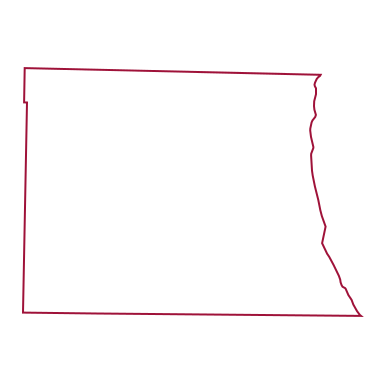 the district of Lewis, Missouri, United States of America
{"feature_id": "52423323B3556766524174", "entity_name": "Lewis", "entity_type": "district", "adm_level": 2, "iso_a3": "USA", "parent_name": "United States of America", "parent_adm1": "Missouri", "projection": "robinson", "projection_center": [-91.537, 40.101], "detail": "fine", "context": "isolated", "style": "outline", "palette": "rose", "viewbox_px": 384, "rotation_deg": 0, "n_neighbors": 0, "source": "geoboundaries", "source_scale": "gbopen_adm2", "svg_char_len": 759}
<svg xmlns="http://www.w3.org/2000/svg" viewBox="0 0 384 384"><path d="M96.5,313.5L361.0,315.9L359.9,315.0L357.0,311.1L353.3,304.5L351.6,299.9L348.4,295.1L345.7,288.9L345.2,288.2L342.5,286.7L341.5,284.9L340.6,282.3L340.2,279.6L338.9,275.9L333.6,265.0L329.2,256.8L327.1,253.7L322.1,243.2L325.6,226.6L321.8,215.9L320.3,210.1L318.3,200.0L314.9,186.4L312.7,175.5L312.0,170.6L311.1,155.5L311.2,153.7L313.3,148.1L313.4,147.1L311.0,136.9L310.2,130.5L310.3,128.5L311.6,122.4L312.5,120.4L315.2,117.0L315.9,114.9L315.5,113.5L314.4,109.7L314.0,106.1L314.2,101.2L316.0,94.2L316.0,88.3L314.9,86.3L314.5,84.7L315.0,82.7L316.7,79.0L318.2,77.2L320.0,75.9L320.6,74.8L24.7,68.1L24.1,102.4L27.0,102.5L23.0,312.6L96.5,313.5Z" fill="none" stroke="#9f1239" stroke-width="2"/></svg>